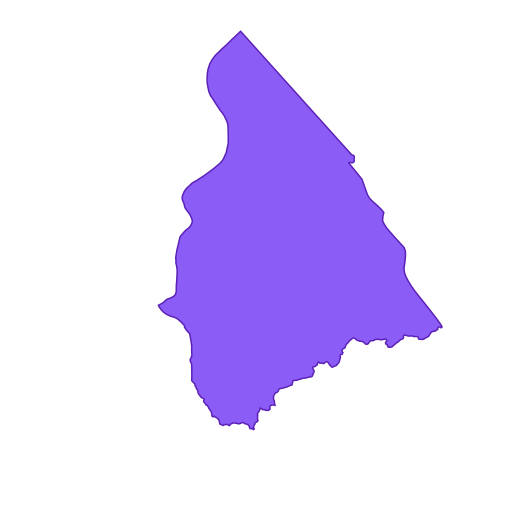 outline of Indragiri Hulu, Riau, Indonesia, rotated 318°
{"feature_id": "22746128B72920479258091", "entity_name": "Indragiri Hulu", "entity_type": "district", "adm_level": 2, "iso_a3": "IDN", "parent_name": "Indonesia", "parent_adm1": "Riau", "projection": "mercator", "projection_center": [102.04, -0.493], "detail": "fine", "context": "isolated", "style": "filled", "palette": "violet", "viewbox_px": 512, "rotation_deg": 318, "n_neighbors": 0, "source": "geoboundaries", "source_scale": "gbopen_adm2", "svg_char_len": 6132}
<svg xmlns="http://www.w3.org/2000/svg" viewBox="0 0 512 512"><g transform="rotate(318 256 256)"><path d="M394.9,78.7L382.2,79.0L374.6,79.3L368.1,79.3L365.5,79.5L360.9,79.6L358.2,80.0L354.5,80.8L350.0,82.4L345.7,84.9L341.9,87.8L339.3,90.4L336.5,93.5L335.1,95.4L331.6,101.1L330.6,103.1L329.5,106.4L329.1,110.1L328.3,114.1L326.9,123.6L326.7,127.1L326.2,130.5L324.5,136.3L323.3,139.0L321.8,141.1L318.2,145.3L314.7,149.4L310.7,153.7L303.0,159.3L296.1,162.3L291.5,163.0L282.9,162.7L271.4,161.6L265.2,160.6L262.7,160.3L259.4,159.4L257.2,159.1L251.4,159.2L249.1,159.3L246.8,159.8L245.7,160.1L243.8,161.0L241.9,161.9L240.1,163.2L238.8,165.2L237.7,168.4L237.1,169.8L236.1,171.3L235.5,172.9L235.4,173.7L235.2,174.5L235.1,176.1L234.8,179.4L234.5,181.1L234.0,183.1L233.2,185.2L232.5,186.8L231.3,188.1L229.3,189.2L226.9,189.9L224.8,190.1L221.7,189.9L219.7,189.9L217.1,190.2L215.7,190.5L214.9,190.5L213.9,190.6L212.6,190.9L211.2,191.7L209.3,193.1L201.7,198.3L196.4,202.5L194.8,204.0L193.7,205.6L191.7,207.7L190.8,209.5L189.7,211.2L187.9,213.8L184.6,217.3L178.6,223.2L177.6,224.0L173.3,228.7L171.7,229.9L170.7,230.5L169.6,230.8L168.6,230.9L167.9,230.8L166.5,230.6L164.3,230.0L161.5,228.8L160.8,228.6L159.8,228.5L156.2,228.6L154.7,228.4L150.5,227.3L149.9,229.3L149.6,232.5L149.7,235.9L150.4,239.2L151.8,242.7L154.2,246.8L155.1,248.7L155.6,250.4L156.1,254.3L156.3,259.4L156.1,260.0L155.3,261.0L155.1,261.4L155.0,263.2L154.7,264.2L154.7,268.5L154.6,269.5L151.0,275.4L148.1,279.7L143.8,284.5L143.0,285.6L142.0,286.7L141.2,287.4L140.1,288.0L139.0,288.3L137.4,289.2L136.6,290.7L136.2,292.6L134.8,294.5L130.3,299.7L124.8,305.7L124.8,307.3L125.0,310.0L124.5,310.9L123.9,311.5L123.8,312.8L123.5,313.6L123.3,314.1L122.9,314.9L122.9,316.6L122.2,317.9L121.9,318.1L121.2,319.4L121.0,320.0L121.0,322.1L120.8,322.3L120.7,323.2L120.7,324.2L120.9,325.2L121.3,326.0L121.7,326.9L121.7,327.6L121.6,327.8L120.7,328.3L120.2,328.7L119.6,329.5L119.5,330.5L119.6,331.1L119.6,331.9L119.3,332.6L119.2,333.5L119.3,333.7L119.9,334.2L119.6,335.7L119.6,336.3L119.1,337.2L118.9,339.4L118.7,340.4L118.7,341.2L118.4,341.7L118.4,342.2L117.6,343.3L117.3,344.1L117.0,344.6L116.3,345.1L116.2,345.9L116.2,346.4L116.5,346.8L117.5,347.1L117.8,347.3L117.9,347.9L117.9,348.3L118.6,350.1L118.7,350.9L118.8,351.4L118.6,351.8L118.7,352.6L118.4,354.0L117.3,355.6L116.8,356.6L116.7,357.1L117.6,358.3L117.7,358.7L117.7,359.0L117.9,359.7L118.1,359.9L119.6,360.2L122.0,362.0L122.2,362.3L122.3,362.6L122.2,362.9L122.6,364.2L123.4,364.2L124.7,363.9L126.8,364.7L128.1,365.4L128.8,366.3L129.1,366.8L129.8,367.4L130.1,368.3L131.0,369.3L132.0,369.8L132.6,370.0L133.2,370.3L134.1,370.5L134.8,370.9L135.1,371.5L135.4,373.0L136.2,374.1L136.8,375.1L137.1,375.9L137.1,376.4L137.2,376.8L137.2,377.3L136.9,378.0L136.4,379.4L136.1,379.9L136.0,380.2L137.1,381.2L137.5,381.9L138.0,383.3L138.8,383.4L139.2,382.8L139.4,381.8L140.2,381.1L140.7,380.8L141.8,380.4L142.3,380.4L142.7,380.1L143.2,379.6L143.9,379.5L145.3,379.7L146.2,380.0L147.3,379.6L147.6,379.2L148.2,377.9L149.8,376.4L150.3,375.5L150.9,375.3L151.2,375.1L151.3,374.5L151.5,374.2L151.8,374.1L152.1,373.8L153.3,373.7L154.3,373.5L155.1,373.2L156.2,372.6L157.1,371.8L157.5,371.9L157.7,372.2L157.8,372.9L158.0,373.5L158.0,374.2L158.2,374.8L158.8,375.3L159.3,375.6L159.3,375.8L159.6,376.0L159.7,376.4L159.9,376.5L159.9,376.9L160.3,377.5L161.4,378.7L162.2,378.8L162.7,379.2L163.4,379.4L164.3,378.8L165.1,377.5L165.9,377.0L166.6,376.9L167.7,377.3L168.7,377.9L169.3,378.4L170.2,379.7L171.8,377.0L172.7,375.9L173.0,374.7L173.6,373.7L174.5,372.7L175.7,371.7L177.5,371.0L178.6,371.0L179.4,371.0L180.6,371.4L182.3,371.3L182.9,370.8L183.6,370.5L184.7,370.4L188.0,372.4L188.5,372.6L191.4,374.0L194.0,374.8L196.6,375.9L199.5,373.8L200.1,373.5L200.8,373.7L202.5,375.2L203.3,375.7L205.3,376.5L207.2,377.5L208.4,377.9L209.4,378.4L211.0,379.7L211.7,380.2L213.7,381.0L215.9,382.6L217.1,383.0L217.6,382.7L218.6,382.5L219.7,381.7L220.6,381.5L221.9,380.7L222.3,380.1L222.6,379.1L223.0,377.5L223.6,376.6L224.6,376.8L225.6,377.5L226.2,377.7L227.1,377.6L228.4,377.9L229.3,377.4L230.6,376.5L231.3,376.4L231.7,377.2L231.6,377.9L231.8,378.5L232.9,379.2L233.6,380.2L233.9,380.9L234.9,381.4L236.3,381.3L237.0,381.4L238.0,382.1L238.2,382.9L238.3,383.7L238.1,385.2L237.8,386.2L238.0,388.2L238.0,389.4L238.8,389.9L241.1,390.6L242.1,391.0L242.7,391.2L244.4,390.8L245.9,390.7L246.6,390.5L247.4,390.1L249.0,389.0L250.5,388.2L251.7,386.6L252.2,386.0L253.3,386.1L254.4,386.7L255.9,386.0L255.8,385.6L256.4,384.3L257.1,383.4L257.7,383.2L258.4,383.2L259.0,383.4L260.3,383.7L261.5,383.4L263.1,382.4L263.9,382.1L265.6,382.1L268.4,381.6L269.4,381.6L272.6,381.8L273.3,381.9L273.8,382.2L274.2,382.9L274.6,385.5L274.9,386.6L276.1,388.7L277.4,390.1L278.0,391.0L278.3,392.1L278.4,394.1L278.5,394.8L279.1,395.6L280.1,396.2L281.3,396.1L283.6,395.6L284.3,395.7L285.0,396.0L286.2,397.2L287.6,397.7L288.4,397.7L289.7,398.5L290.8,399.4L292.9,402.0L293.8,402.7L295.8,403.7L296.8,404.5L296.9,405.1L296.6,406.4L295.9,406.7L295.3,406.7L294.6,406.9L293.9,407.5L293.6,408.1L294.1,409.7L293.3,411.8L293.5,412.6L295.7,414.3L296.3,414.5L298.0,414.5L302.5,414.6L304.1,415.0L306.8,414.9L307.9,415.0L309.5,415.7L310.1,415.8L311.0,415.3L311.4,414.8L312.4,414.0L313.5,414.0L315.7,417.5L318.3,419.7L318.8,420.3L319.3,421.3L320.0,422.0L321.7,423.5L322.2,424.3L322.1,424.9L321.6,425.7L321.3,426.5L323.6,429.2L325.2,430.1L325.8,430.1L328.3,430.6L329.7,431.1L330.4,431.2L334.3,430.1L335.6,430.0L336.9,430.4L337.9,430.9L338.8,431.7L340.8,431.8L341.8,432.2L342.7,431.3L343.4,431.0L344.7,431.3L345.2,431.8L345.5,433.2L346.1,433.3L346.9,433.1L347.4,430.9L348.2,424.3L349.1,412.5L350.6,387.8L351.5,380.9L352.3,376.8L353.1,373.5L353.7,371.4L355.3,367.6L357.5,364.4L362.9,359.9L367.9,355.2L370.3,352.2L371.7,348.9L371.6,334.7L371.7,330.5L371.7,327.1L371.9,322.3L372.7,317.6L373.7,314.4L377.0,311.3L380.1,309.2L380.3,304.6L379.8,298.9L379.2,293.7L379.0,289.3L379.8,285.1L386.1,269.9L387.2,249.0L388.2,249.3L388.7,249.7L389.1,250.3L389.7,251.0L390.5,251.4L391.4,251.6L392.0,251.5L392.6,251.1L393.6,249.8L395.1,248.4L395.6,247.8L395.8,247.0L395.7,246.3L394.8,244.7L394.9,78.7Z" fill="#8b5cf6" stroke="#5b21b6" stroke-width="1.5"/></g></svg>